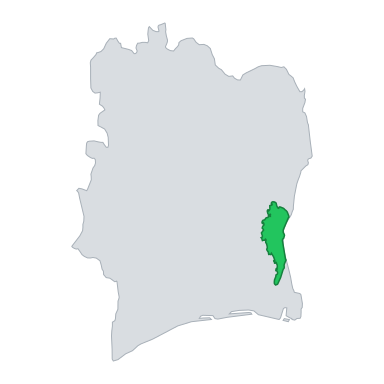 where Comoe sits in Ivory Coast
{"feature_id": "CIV-3460", "entity_name": "Comoe", "entity_type": "Department", "adm_level": 1, "iso_a3": "CIV", "parent_name": "Ivory Coast", "parent_adm1": "", "projection": "equal_earth", "projection_center": [-3.5, 6.565], "detail": "fine", "context": "in_parent", "style": "filled", "palette": "green", "viewbox_px": 384, "rotation_deg": 0, "n_neighbors": 0, "source": "natural_earth", "source_scale": "10m", "svg_char_len": 6140}
<svg xmlns="http://www.w3.org/2000/svg" viewBox="0 0 384 384"><path d="M96.8,52.7L97.9,52.6L101.0,51.5L103.7,48.8L106.3,43.2L109.8,38.7L113.7,39.0L114.8,38.2L116.2,38.1L117.8,41.0L119.4,43.3L120.6,43.3L121.4,47.6L128.5,49.4L131.6,50.5L134.1,53.6L135.0,53.7L136.1,53.1L136.9,52.0L137.1,50.8L136.0,48.0L136.5,45.5L137.7,43.2L139.5,43.1L142.2,42.4L145.4,42.4L147.7,42.8L148.7,40.6L147.8,34.2L148.1,30.8L148.5,27.8L149.3,26.6L152.8,30.3L156.0,31.6L158.3,31.7L159.0,31.1L158.0,27.0L158.3,25.8L159.1,25.1L160.7,24.7L164.8,23.0L165.2,23.4L165.9,29.7L165.6,31.8L166.4,36.1L167.5,40.1L167.4,41.8L166.5,44.3L165.5,46.5L165.6,47.5L167.2,49.0L170.3,50.6L173.6,51.0L175.4,48.7L177.3,46.8L178.6,45.1L179.0,42.5L181.1,40.7L187.0,38.4L192.4,38.0L193.7,38.8L196.1,42.3L199.2,44.7L203.9,44.4L207.3,45.8L210.3,48.5L212.2,54.5L214.4,58.8L215.3,65.0L218.7,68.2L221.4,69.7L225.1,74.2L228.8,76.4L232.7,75.9L234.5,78.2L237.5,79.9L240.4,80.0L242.9,74.9L246.3,72.8L254.8,68.7L258.2,66.8L261.6,65.7L269.9,65.3L277.5,66.6L281.3,67.5L283.9,66.8L286.4,69.3L288.9,74.4L291.0,76.0L293.1,77.8L294.7,81.9L296.6,85.9L297.6,87.7L299.9,91.7L301.9,91.7L303.8,90.0L304.6,88.7L305.0,91.3L304.3,95.6L304.4,98.2L305.5,99.2L304.9,102.6L302.7,108.4L302.7,111.8L304.9,112.9L306.5,116.5L307.5,122.7L308.4,124.8L308.5,126.0L310.2,141.0L312.2,156.1L310.9,158.1L309.1,158.6L308.0,159.3L307.7,160.7L308.4,162.8L307.9,164.7L305.8,166.0L301.0,170.8L300.7,172.7L299.4,176.8L298.4,179.2L296.8,183.9L294.4,196.1L293.4,206.2L293.3,209.3L292.3,211.5L291.3,214.7L286.1,223.3L283.5,230.4L283.8,233.5L283.9,236.6L283.1,238.9L283.3,244.9L283.9,249.9L284.9,254.8L288.6,268.8L290.6,277.2L291.8,284.1L292.8,288.6L293.8,290.5L294.3,292.3L299.8,293.5L300.9,294.6L302.4,303.5L302.2,307.5L301.1,309.0L301.1,312.4L300.9,316.6L300.1,318.3L296.9,318.5L294.8,320.1L292.0,319.5L291.8,318.5L290.3,318.1L286.1,315.7L286.8,307.9L284.9,307.6L283.4,308.6L280.5,317.9L279.1,319.5L258.4,314.7L253.9,310.9L248.6,310.0L239.2,310.4L231.5,311.6L229.3,313.9L248.8,312.5L250.9,312.8L251.8,314.2L227.2,317.3L217.8,319.1L215.0,318.6L212.9,315.6L202.7,315.3L200.6,316.2L199.3,318.4L203.3,318.0L209.7,317.8L211.4,319.5L191.5,321.7L177.8,325.9L171.9,329.0L152.7,339.1L141.0,343.9L137.9,345.7L132.5,350.7L125.7,353.8L118.0,359.6L113.3,361.0L112.2,359.1L112.1,349.2L111.5,335.9L111.8,330.9L112.4,326.1L112.4,322.2L114.8,320.7L115.4,319.0L115.8,313.9L117.9,309.2L118.0,301.1L118.7,299.3L119.2,297.2L118.2,291.8L117.0,281.7L116.5,281.1L115.9,281.5L114.7,281.7L109.9,278.2L106.2,277.6L103.6,274.6L103.4,271.2L102.1,269.2L101.3,265.3L100.0,260.8L96.3,258.1L92.9,257.5L90.4,258.0L87.5,257.9L84.3,256.4L82.0,254.6L79.9,251.4L77.9,248.7L76.3,249.1L74.3,248.4L72.4,247.2L71.8,246.3L79.8,235.9L82.6,230.7L82.9,227.6L82.9,224.4L83.8,221.2L84.0,216.3L79.7,198.4L78.6,192.8L77.4,191.2L76.7,190.6L78.9,188.3L82.0,188.9L86.7,190.7L87.7,188.9L91.3,179.8L91.2,176.5L90.9,174.2L93.0,168.0L94.7,165.6L95.5,163.0L95.3,159.5L94.0,158.2L92.4,158.4L90.4,157.5L87.4,155.5L85.9,153.7L86.4,145.5L86.7,143.0L87.7,141.6L89.4,141.2L94.1,140.9L97.9,141.8L101.2,142.4L102.9,142.4L104.4,144.8L106.3,147.3L107.9,147.3L108.5,145.4L108.2,137.4L107.1,133.1L104.6,129.0L98.0,125.5L97.9,120.6L98.6,115.3L100.0,113.3L104.9,109.9L104.0,108.1L102.5,106.2L99.4,104.2L100.1,97.8L100.3,92.2L97.7,92.8L95.0,93.1L92.7,91.4L90.9,88.0L90.6,78.5L90.6,67.5L90.3,62.7L91.0,60.1L93.3,57.7L95.9,54.7L96.8,52.7ZM289.4,319.6L288.3,321.7L283.1,320.4L284.3,318.6L289.4,319.6Z" fill="#d9dde1" stroke="#a8b0b8" stroke-width="1"/><path d="M288.9,217.3L288.4,217.7L283.9,228.2L283.2,230.2L283.2,232.2L283.3,232.7L283.8,233.5L284.4,234.9L284.5,235.3L283.7,238.2L283.5,238.5L282.7,239.1L282.5,239.6L282.4,240.5L285.5,259.3L286.0,260.0L284.4,263.9L284.1,265.2L284.1,265.5L284.2,266.6L284.2,267.2L284.2,267.7L284.1,268.1L284.0,268.3L283.7,268.7L283.3,269.1L283.0,269.9L280.6,277.6L277.7,284.0L277.4,284.3L277.2,284.4L275.6,285.0L275.1,284.5L274.7,284.1L274.4,283.6L274.3,282.3L274.3,281.9L274.4,280.9L274.5,279.9L275.8,276.6L275.9,276.0L275.9,275.4L276.1,274.8L276.4,274.6L276.8,274.5L277.2,274.3L277.6,273.2L277.5,272.1L277.1,271.3L276.5,270.8L276.6,270.5L276.7,269.9L276.8,269.7L276.2,269.9L275.9,270.1L276.0,269.0L276.5,268.4L277.0,268.0L277.3,267.3L277.2,264.7L276.8,264.2L276.2,262.4L275.7,262.1L275.2,262.4L275.1,263.2L274.6,263.2L274.5,262.4L274.2,261.8L274.0,261.6L273.8,261.2L273.7,260.8L273.9,260.6L274.7,260.5L274.8,260.2L274.5,259.7L273.9,257.6L273.0,255.8L271.4,253.3L270.9,254.5L270.2,254.6L269.5,254.2L268.7,254.4L268.2,251.8L268.0,251.6L267.2,250.6L267.0,250.2L266.9,249.9L266.8,249.5L266.7,249.1L266.8,249.0L267.0,248.7L267.2,248.4L267.3,248.1L267.1,245.7L266.9,245.1L266.7,244.8L266.6,243.9L266.5,243.5L266.3,243.3L265.8,242.8L265.7,242.4L265.7,241.7L266.0,240.2L265.9,239.5L265.5,239.1L265.2,239.3L264.6,240.2L264.4,240.3L263.5,240.2L263.0,240.4L262.4,240.6L262.2,240.0L262.1,239.7L261.9,238.9L261.7,238.3L261.1,237.7L262.3,237.0L262.4,235.8L261.4,232.9L263.0,230.8L263.1,230.4L263.6,230.0L263.2,229.2L262.5,228.5L262.2,228.2L262.3,227.4L262.7,226.4L263.3,225.6L263.7,225.3L264.0,224.9L263.9,223.9L263.5,222.9L263.0,222.4L262.7,223.6L262.4,223.5L262.0,222.7L262.2,221.3L263.1,220.2L264.6,219.9L265.1,219.3L265.4,218.7L265.8,218.1L266.5,217.7L267.8,217.5L268.3,217.0L268.4,215.8L269.8,216.4L270.3,216.4L270.0,215.5L270.2,215.4L270.4,215.2L270.5,214.9L270.5,214.6L270.4,214.3L270.1,214.4L269.8,214.6L269.8,214.8L268.6,214.5L268.2,214.2L267.9,213.7L267.7,213.1L267.3,211.4L267.3,210.8L267.6,210.1L268.1,209.7L268.5,209.9L268.7,210.8L269.1,210.5L269.4,210.3L269.5,210.0L269.8,209.3L269.9,208.6L269.9,208.1L269.8,207.5L269.8,205.9L269.8,205.6L270.8,205.3L271.6,205.3L271.9,205.0L272.2,204.2L271.9,203.9L271.7,204.1L271.4,204.2L271.3,203.1L271.7,202.3L272.9,201.7L273.1,201.7L273.9,202.0L274.1,201.9L274.5,202.2L274.8,202.1L275.0,202.2L275.3,202.4L275.8,202.7L276.0,203.0L276.2,203.3L276.8,206.0L277.0,206.5L277.5,207.2L278.1,208.2L278.4,208.3L278.6,208.3L278.7,208.1L279.0,207.7L279.3,207.0L279.8,206.9L280.6,207.1L283.5,208.3L284.0,208.7L284.8,209.6L286.2,210.7L286.8,211.4L287.3,212.1L288.9,216.3L288.9,217.3L288.9,217.3Z" fill="#22c55e" stroke="#15803d" stroke-width="1.5"/></svg>